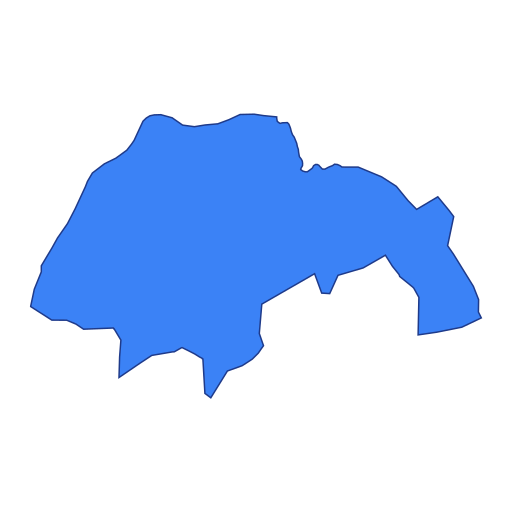 outline of Kura, Kano, Nigeria
{"feature_id": "59680162B62375507242594", "entity_name": "Kura", "entity_type": "district", "adm_level": 2, "iso_a3": "NGA", "parent_name": "Nigeria", "parent_adm1": "Kano", "projection": "robinson", "projection_center": [8.5, 11.781], "detail": "fine", "context": "isolated", "style": "filled", "palette": "blue", "viewbox_px": 512, "rotation_deg": 0, "n_neighbors": 0, "source": "geoboundaries", "source_scale": "gbopen_adm2", "svg_char_len": 1951}
<svg xmlns="http://www.w3.org/2000/svg" viewBox="0 0 512 512"><path d="M204.9,393.4L210.8,397.8L227.4,371.0L242.1,365.7L246.8,362.7L252.3,359.1L258.3,353.1L261.4,348.6L263.5,345.7L259.3,333.5L261.8,304.1L314.6,273.7L321.7,293.1L329.7,293.6L338.0,275.3L363.2,267.9L385.4,255.2L392.5,266.4L399.1,274.6L399.7,276.5L412.9,287.2L413.1,287.5L413.7,288.0L418.9,297.4L418.1,334.9L436.7,332.2L461.8,327.2L481.3,317.9L478.4,312.0L478.6,299.6L473.4,286.4L453.5,254.2L447.6,245.7L453.7,216.6L449.1,210.5L437.8,196.8L416.6,209.4L408.0,200.6L396.3,186.3L381.7,176.9L358.2,167.1L345.3,167.1L341.9,167.0L340.1,165.7L337.4,164.5L334.5,164.2L332.9,165.4L331.6,166.0L330.2,166.5L328.3,167.3L326.8,168.1L325.0,169.1L322.4,169.1L319.5,166.1L318.9,165.3L317.3,164.5L315.5,164.5L313.6,165.7L312.6,167.7L312.0,168.4L308.9,170.7L307.3,171.8L305.3,171.8L302.6,171.0L302.0,170.5L300.7,169.6L301.1,168.1L301.8,166.9L302.5,165.7L302.6,163.4L302.3,161.2L301.4,159.3L300.2,157.7L299.4,156.7L298.6,152.2L298.3,149.3L297.4,146.7L296.7,143.3L295.3,139.8L294.2,137.1L292.6,134.9L291.7,132.7L291.1,130.8L290.5,128.3L289.8,126.4L289.3,125.2L288.9,124.2L287.4,122.6L285.0,122.7L282.4,122.8L280.1,123.4L278.5,122.4L277.2,121.2L276.7,118.1L276.7,116.9L263.5,115.6L254.2,114.2L240.1,114.5L228.9,119.7L217.6,123.9L216.9,123.9L204.9,125.0L194.4,126.7L182.6,125.1L173.0,118.4L172.2,117.8L160.9,114.7L154.2,114.9L149.9,115.8L146.3,118.0L143.0,121.2L134.1,140.4L131.5,144.2L126.8,150.2L115.8,158.2L104.4,163.8L92.4,173.0L87.5,181.3L85.4,186.7L75.2,208.7L67.5,223.6L57.5,238.0L51.9,248.1L41.3,265.8L41.3,271.9L34.3,289.2L30.7,306.2L30.7,306.6L51.8,320.1L66.6,320.2L76.0,324.1L83.3,329.0L83.5,329.2L113.3,328.0L113.9,328.9L114.1,328.8L120.9,340.1L119.6,357.0L119.0,377.5L140.1,363.1L151.8,355.4L172.4,351.9L174.3,351.8L181.4,347.8L182.1,347.6L188.8,350.9L194.8,354.0L199.4,356.9L202.1,358.3L202.2,358.7L202.9,359.0L204.9,393.2L204.9,393.4Z" fill="#3b82f6" stroke="#1e3a8a" stroke-width="1.5"/></svg>